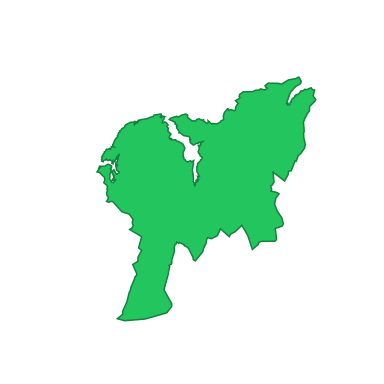 outline of Vefsn nor, Nordland, Norway, rotated 20°
{"feature_id": "86288312B80996435697818", "entity_name": "Vefsn nor", "entity_type": "district", "adm_level": 2, "iso_a3": "NOR", "parent_name": "Norway", "parent_adm1": "Nordland", "projection": "albers", "projection_center": [13.105, 65.821], "detail": "fine", "context": "isolated", "style": "filled", "palette": "green", "viewbox_px": 384, "rotation_deg": 20, "n_neighbors": 0, "source": "geoboundaries", "source_scale": "gbopen_adm2", "svg_char_len": 6070}
<svg xmlns="http://www.w3.org/2000/svg" viewBox="0 0 384 384"><g transform="rotate(20 192 192)"><path d="M256.8,50.7L253.1,47.4L250.6,50.0L244.4,53.6L239.1,60.1L236.1,60.3L226.3,63.7L224.3,67.1L224.9,68.0L227.2,68.6L225.8,71.2L221.1,71.6L220.3,73.1L216.7,74.8L214.8,76.9L205.8,80.4L203.4,84.0L203.7,86.3L204.8,86.8L204.5,87.9L201.6,91.2L205.3,93.2L204.5,94.5L204.1,97.1L204.7,100.4L204.0,101.2L200.7,101.2L198.5,102.6L197.9,101.5L197.0,101.6L195.2,106.2L195.5,110.1L197.0,113.2L194.9,115.2L194.4,116.8L192.1,119.6L188.0,120.6L187.3,121.4L182.8,119.6L183.6,121.0L182.7,122.4L178.9,121.4L178.2,120.1L177.0,121.2L173.5,120.8L171.5,122.4L171.3,123.9L170.8,124.4L169.1,124.4L168.1,125.3L162.2,123.3L161.7,121.3L159.6,120.8L156.0,123.2L153.6,126.3L151.8,126.0L146.6,130.0L145.8,131.7L152.1,132.3L152.8,132.9L152.7,133.9L154.7,134.1L155.5,135.3L155.0,135.5L155.7,137.1L159.2,139.4L159.4,140.8L160.9,140.5L164.8,141.9L170.4,140.9L171.4,141.7L171.8,143.3L172.8,143.4L172.4,144.3L173.4,146.1L176.8,147.4L178.0,147.0L179.5,144.7L181.1,144.2L181.8,142.8L183.8,142.0L185.9,139.9L183.5,142.4L183.8,143.3L183.5,143.7L184.1,144.2L183.9,145.0L183.8,144.7L183.7,144.7L183.8,145.3L181.9,146.1L183.5,147.7L184.1,149.4L184.0,152.0L185.0,153.4L186.0,153.5L187.3,155.3L190.0,156.2L190.0,157.4L189.0,158.9L189.3,159.7L187.5,163.5L188.1,165.5L188.2,166.5L187.9,166.6L189.7,171.3L193.4,174.6L193.1,174.7L193.1,175.5L191.8,175.4L193.5,178.2L193.6,178.6L193.3,178.6L193.3,179.1L193.9,178.6L193.7,179.9L193.2,179.6L193.6,180.3L192.7,179.6L193.0,180.5L192.0,180.3L192.5,181.3L192.2,182.6L192.8,184.8L192.5,185.2L191.4,184.1L191.6,182.0L191.1,183.0L189.9,182.0L187.4,175.6L186.6,175.1L186.8,174.6L185.0,171.6L183.9,166.8L183.9,165.2L183.2,164.0L182.8,161.9L181.4,163.7L179.8,163.2L177.3,165.4L175.3,164.9L174.4,163.9L173.3,163.9L172.2,162.0L171.4,161.7L171.2,160.0L170.3,158.8L170.1,157.1L170.5,155.7L170.3,155.3L170.3,153.2L166.9,150.0L162.2,149.1L159.8,149.4L158.8,148.4L155.1,150.1L154.4,149.8L154.4,148.9L152.3,150.0L153.1,149.0L151.8,148.3L152.1,146.0L152.6,145.3L152.4,144.7L148.5,143.1L148.0,140.2L145.8,139.1L146.6,137.1L144.0,135.5L142.2,135.6L140.9,137.1L140.5,137.1L140.8,136.7L140.2,135.3L140.2,134.4L140.7,133.8L140.4,130.9L140.7,130.5L137.8,130.8L137.6,131.1L138.0,132.6L137.2,132.8L136.5,132.5L136.4,131.8L137.0,131.0L136.5,129.4L135.9,129.4L130.7,132.3L129.9,133.0L129.6,134.7L127.6,135.7L124.3,138.8L119.5,141.3L117.7,143.6L117.4,143.7L117.5,142.7L117.2,142.9L116.6,144.2L117.3,143.8L117.1,144.9L117.5,145.3L115.2,147.0L115.1,148.4L114.3,147.9L115.0,146.1L116.3,144.9L113.8,145.3L113.3,146.4L110.7,147.3L107.0,151.1L106.3,152.6L106.5,152.9L106.0,155.0L104.5,156.2L104.1,158.3L103.1,159.4L103.7,160.3L102.7,161.5L102.9,163.7L102.6,164.8L103.0,165.0L103.1,166.4L102.2,167.5L101.6,170.2L101.6,174.5L101.3,174.6L101.9,175.9L103.3,176.2L100.7,177.0L101.0,177.7L100.6,179.8L99.6,179.3L98.6,180.8L97.2,180.9L96.9,181.6L96.7,183.8L95.9,184.2L96.2,185.3L95.7,186.3L95.8,187.4L95.7,188.4L95.4,188.4L95.3,190.6L96.0,190.9L96.2,191.7L95.8,192.3L96.8,194.0L98.3,193.9L98.2,192.9L98.7,191.9L99.9,191.5L100.2,190.3L101.8,191.2L103.0,190.8L103.4,189.8L106.1,190.4L106.7,189.6L106.8,192.3L108.1,192.6L108.0,191.5L109.1,188.6L109.4,184.6L110.0,183.6L110.0,182.5L110.9,181.0L110.7,182.6L111.0,183.1L110.5,183.7L110.2,186.5L110.9,186.3L111.3,185.1L111.3,186.0L110.7,187.0L111.1,187.2L111.5,189.3L110.4,189.9L111.0,192.5L111.6,193.7L111.8,193.0L112.3,193.6L112.1,192.7L112.6,192.0L112.8,192.9L112.4,193.9L113.0,196.3L114.2,197.6L116.5,197.8L116.9,199.0L114.9,201.2L111.0,197.7L110.7,198.2L111.0,198.9L110.0,199.5L110.3,200.6L110.0,200.6L112.4,203.5L112.7,202.9L113.4,203.5L113.5,204.7L113.9,204.9L113.6,206.2L114.2,206.4L113.2,207.0L113.5,207.3L113.3,208.3L115.9,206.8L115.1,210.0L112.8,210.3L112.4,209.6L112.6,208.8L111.1,208.7L109.8,207.5L109.7,205.6L108.7,203.8L109.1,200.2L108.5,199.6L108.7,199.4L108.0,197.9L107.4,197.9L107.8,197.2L107.6,196.2L107.9,196.2L107.5,194.9L103.6,194.5L101.2,197.6L96.3,199.4L96.3,200.2L97.6,199.6L96.4,201.7L96.9,201.7L95.9,205.6L98.7,205.4L105.2,208.5L106.0,211.1L105.9,213.5L109.5,214.7L110.6,215.8L111.2,218.6L112.2,219.7L111.9,221.6L113.2,224.2L115.3,225.3L115.4,227.9L114.9,230.1L117.4,230.1L118.9,228.7L120.9,228.1L133.0,234.6L140.6,234.3L145.8,237.7L146.4,241.4L148.2,243.5L147.9,246.5L146.3,248.6L160.0,251.2L160.9,262.8L164.7,264.0L163.5,271.6L164.9,275.5L161.1,280.4L167.8,287.5L168.5,288.9L167.4,291.6L167.7,293.5L167.2,302.4L167.7,306.2L167.3,308.2L168.4,317.1L167.6,328.1L168.7,330.5L165.2,336.6L172.7,336.0L191.2,327.5L209.7,314.1L212.0,306.4L211.2,303.9L199.1,293.5L197.7,276.3L197.1,274.8L196.7,270.0L195.4,268.8L197.3,266.9L197.2,265.2L196.2,262.6L195.8,253.5L195.3,252.7L195.1,251.4L194.2,250.8L194.4,249.1L193.8,247.8L194.7,246.6L195.0,244.2L197.1,244.8L197.4,243.7L202.8,244.2L203.0,245.1L206.2,245.4L208.4,246.5L213.7,251.6L215.5,253.2L216.2,255.1L218.7,255.6L222.5,244.5L222.2,240.2L222.8,235.5L222.0,231.7L222.4,229.5L226.1,229.3L230.8,224.4L231.3,216.8L242.4,221.3L242.6,218.5L246.2,214.4L250.2,206.3L259.0,213.5L268.4,225.3L272.1,218.7L272.2,216.4L273.8,214.8L286.9,209.8L287.6,208.0L287.5,207.1L282.7,197.8L288.4,193.2L288.7,190.6L285.5,185.8L278.5,180.6L273.8,175.2L272.8,169.1L274.5,164.0L272.0,163.4L265.9,164.1L265.9,162.0L264.2,159.9L264.1,159.0L265.1,157.9L265.7,154.6L261.4,145.6L275.2,150.0L276.4,143.0L276.3,141.5L275.7,140.5L275.8,139.3L278.0,138.1L278.3,127.3L279.4,127.4L279.4,121.7L281.3,118.1L282.8,112.2L282.2,108.5L278.6,102.9L276.7,98.5L276.8,97.1L275.4,93.6L272.9,88.4L272.9,83.6L273.5,81.2L273.3,80.0L274.6,75.7L273.3,71.5L276.4,64.6L276.6,62.7L273.0,60.4L272.3,54.2L270.1,54.6L268.3,53.3L264.7,56.6L263.0,56.8L261.7,59.1L259.9,59.6L258.9,63.1L256.3,65.4L256.1,65.9L256.4,66.1L255.8,66.4L255.8,68.2L254.4,69.9L254.0,72.6L254.3,72.7L254.2,73.9L253.8,74.1L253.9,76.7L252.1,77.6L251.8,77.1L252.0,75.9L250.6,76.4L250.7,75.0L250.3,74.8L250.3,73.6L250.6,70.8L250.2,70.3L250.7,68.4L250.3,68.0L250.5,64.1L251.8,61.9L251.7,61.0L253.5,57.2L256.7,53.4L257.0,52.2L256.8,50.7Z" fill="#22c55e" stroke="#15803d" stroke-width="1.5"/></g></svg>